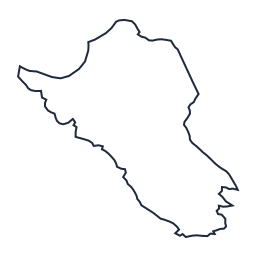 Santo Amaro das Brotas, Sergipe, Brazil, rotated 91°
{"feature_id": "56859067B4442717767123", "entity_name": "Santo Amaro das Brotas", "entity_type": "district", "adm_level": 2, "iso_a3": "BRA", "parent_name": "Brazil", "parent_adm1": "Sergipe", "projection": "robinson", "projection_center": [-36.969, -10.786], "detail": "fine", "context": "isolated", "style": "outline", "palette": "slate", "viewbox_px": 256, "rotation_deg": 91, "n_neighbors": 0, "source": "geoboundaries", "source_scale": "gbopen_adm2", "svg_char_len": 1960}
<svg xmlns="http://www.w3.org/2000/svg" viewBox="0 0 256 256"><g transform="rotate(91 128 128)"><path d="M68.2,237.2L78.5,238.8L82.7,234.9L86.7,230.8L90.0,228.5L91.8,225.8L92.7,221.1L92.4,215.6L99.0,214.5L101.1,210.2L104.3,211.4L107.8,211.4L111.9,208.3L113.6,205.3L114.9,201.7L118.8,200.6L122.0,199.2L124.5,196.6L125.4,192.6L123.7,187.7L119.9,183.3L123.2,180.9L126.1,182.5L128.0,179.5L133.1,180.3L137.8,180.2L139.8,172.4L141.3,167.1L143.6,163.5L146.5,162.0L145.8,156.9L146.8,152.9L149.8,153.6L151.2,150.6L153.6,147.5L157.0,144.0L160.4,141.0L163.6,139.3L167.0,138.2L168.9,133.9L169.2,130.3L172.7,129.4L177.1,132.0L180.5,128.6L183.9,127.3L187.2,123.5L190.0,121.4L193.0,119.6L195.8,118.2L198.7,117.5L201.7,114.9L205.0,113.3L212.3,101.4L215.0,97.8L218.1,93.8L218.9,90.5L220.9,84.6L222.7,80.9L225.8,77.3L228.7,75.2L232.4,78.9L234.8,74.2L233.1,71.6L236.0,68.3L234.5,61.8L234.1,57.1L234.5,52.9L234.7,46.7L232.2,43.8L232.4,39.5L229.8,41.0L228.7,37.6L227.3,34.0L227.0,30.3L224.7,28.2L221.5,29.1L217.1,29.1L213.0,32.8L212.5,36.4L209.3,37.9L206.9,35.5L204.1,35.8L205.0,31.7L204.8,27.9L203.7,22.3L199.6,28.9L195.0,32.6L192.3,36.0L189.3,33.0L185.4,33.0L185.7,28.9L187.3,25.9L186.8,22.3L187.9,17.2L183.6,19.3L180.9,21.0L176.8,23.5L172.7,26.0L169.6,28.9L166.9,33.6L164.9,36.6L162.2,40.0L156.4,46.1L153.7,49.1L150.8,52.9L148.6,55.2L144.7,59.7L141.8,63.5L138.5,65.9L134.9,66.2L130.9,67.7L126.7,69.8L123.9,72.1L120.8,71.6L117.1,68.9L112.7,66.3L109.5,66.5L106.3,67.9L103.3,66.0L101.1,62.8L97.1,60.9L92.8,58.0L81.2,63.9L48.5,79.7L46.3,82.4L43.9,84.1L40.0,86.5L39.2,91.7L38.7,95.7L39.0,100.1L40.2,105.0L40.0,108.5L37.4,112.2L36.4,116.3L34.2,119.8L31.8,118.1L28.3,120.4L24.4,122.6L21.2,125.9L20.0,133.4L20.6,138.8L21.9,141.7L28.4,146.3L33.6,151.9L40.2,162.6L42.8,169.2L46.5,168.9L51.3,169.1L62.2,172.1L65.1,174.3L69.9,178.1L74.3,184.2L77.0,187.9L79.5,196.2L78.4,204.9L73.1,220.3L72.7,227.1L71.7,230.2L69.7,234.4L68.2,237.2Z" fill="none" stroke="#1e293b" stroke-width="2"/></g></svg>